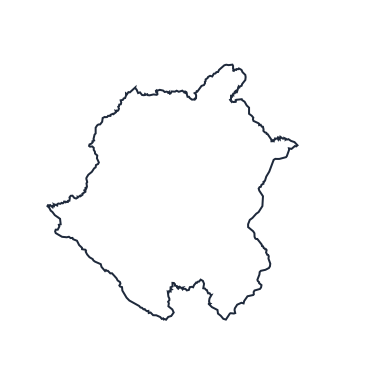 outline of Lom Sak, Phetchabun, Thailand, rotated 133°
{"feature_id": "78962969B94734864821350", "entity_name": "Lom Sak", "entity_type": "district", "adm_level": 2, "iso_a3": "THA", "parent_name": "Thailand", "parent_adm1": "Phetchabun", "projection": "robinson", "projection_center": [101.266, 16.742], "detail": "fine", "context": "isolated", "style": "outline", "palette": "slate", "viewbox_px": 384, "rotation_deg": 133, "n_neighbors": 0, "source": "geoboundaries", "source_scale": "gbopen_adm2", "svg_char_len": 6006}
<svg xmlns="http://www.w3.org/2000/svg" viewBox="0 0 384 384"><g transform="rotate(133 192 192)"><path d="M71.3,249.3L74.2,251.7L75.6,253.8L77.3,254.8L84.2,255.5L86.5,254.8L87.7,255.9L89.3,255.7L90.6,256.7L93.7,256.0L94.7,258.0L96.9,258.7L98.0,258.3L100.4,258.8L101.6,257.7L102.7,257.7L103.5,256.7L105.6,256.2L107.9,257.4L114.6,256.6L115.0,257.2L115.6,256.7L117.9,257.5L117.9,255.9L118.6,254.8L120.7,253.0L122.3,253.0L122.2,253.6L122.9,253.5L124.5,255.1L124.8,257.9L124.4,259.1L125.4,260.2L123.6,263.2L123.9,264.0L123.1,263.6L122.8,264.3L123.2,265.6L124.4,266.4L124.5,268.2L127.7,270.0L128.4,272.3L130.2,272.9L132.4,275.5L134.4,274.9L135.2,275.2L134.9,276.2L135.5,276.7L134.8,277.1L135.3,277.2L135.8,278.9L137.5,280.2L137.5,282.3L139.3,285.3L141.7,286.4L141.6,287.2L142.6,287.4L143.4,286.2L143.0,285.5L143.3,284.8L144.2,283.9L145.0,284.1L146.9,286.7L150.3,289.0L151.3,290.4L151.0,291.4L152.5,292.1L152.4,293.2L153.6,292.9L154.2,293.4L155.1,294.7L154.6,298.0L156.4,298.9L154.9,302.4L154.8,304.4L154.2,304.8L161.5,305.4L162.3,306.6L164.9,306.2L165.0,307.4L166.3,306.1L168.9,305.0L170.2,305.8L171.8,305.4L173.6,306.7L174.9,304.7L176.4,303.9L177.7,304.8L179.1,303.9L179.9,304.1L180.9,302.2L182.7,301.6L183.5,301.8L183.9,302.6L184.5,302.4L184.8,303.2L185.5,302.0L188.6,302.5L188.6,303.1L191.1,304.2L192.0,303.6L193.5,305.3L194.9,305.2L196.1,306.1L196.6,307.0L198.8,307.8L201.9,305.6L205.2,305.3L206.5,306.5L208.0,306.8L210.7,306.3L214.9,302.4L216.5,302.4L220.5,300.1L221.1,298.7L222.8,299.4L223.4,298.5L225.3,298.6L227.1,299.4L228.5,298.7L228.4,297.5L226.7,296.0L226.7,294.0L228.2,292.6L228.7,290.6L230.0,289.1L229.9,286.2L232.2,284.5L233.9,280.3L235.5,279.8L237.8,280.6L239.7,279.3L241.5,279.7L245.5,279.0L250.1,279.6L253.5,278.9L254.4,278.3L256.2,275.4L257.6,275.1L259.7,272.5L261.1,271.9L261.3,272.6L261.8,272.7L262.7,271.4L264.2,271.9L264.4,271.2L263.9,270.7L264.5,270.1L268.0,271.0L268.6,270.2L270.0,270.4L271.1,270.7L270.9,271.3L273.5,271.8L273.6,272.3L274.1,271.8L275.8,272.3L276.6,274.0L276.2,276.9L277.5,278.1L279.5,277.9L279.8,277.2L282.0,275.7L283.0,276.6L284.0,276.0L284.8,277.1L285.6,277.3L285.5,278.1L286.2,279.0L287.1,278.6L288.4,278.8L288.9,280.0L290.4,280.2L291.6,281.9L292.8,282.2L293.8,281.4L294.8,283.9L295.5,283.7L295.5,284.6L296.6,283.3L297.2,284.2L298.2,283.6L298.3,286.8L298.9,287.0L298.5,287.9L299.4,287.1L299.8,288.3L300.9,288.1L300.9,285.6L302.0,282.6L301.8,280.5L302.5,276.5L301.6,270.2L305.2,266.0L306.8,267.0L307.7,265.5L311.1,264.5L312.5,266.0L314.2,265.2L315.0,263.6L313.4,256.5L310.5,252.7L308.7,251.5L308.5,249.4L307.1,248.1L307.6,246.7L306.1,242.9L307.8,238.3L307.8,234.5L308.8,233.4L306.9,230.5L307.3,229.3L308.2,229.0L309.2,226.1L309.6,222.5L308.8,218.8L309.3,217.5L309.1,215.5L307.0,209.5L308.5,207.1L309.1,201.7L307.8,201.7L307.8,200.7L307.0,199.7L307.2,196.2L306.0,195.1L306.6,188.3L307.4,186.1L307.0,183.2L307.9,181.8L309.9,181.4L310.2,180.2L309.3,178.3L311.6,175.7L313.9,167.8L314.1,163.8L311.4,152.9L311.6,151.0L310.8,149.6L310.9,147.5L309.9,146.7L310.2,145.6L309.8,143.6L308.7,142.8L310.0,141.1L308.4,140.1L308.6,136.4L306.5,134.0L305.1,129.9L305.4,127.6L304.1,126.9L304.5,125.8L303.5,125.3L303.1,123.9L299.6,124.2L296.8,122.6L292.6,123.2L291.3,126.3L291.7,131.3L289.1,133.1L288.6,134.6L286.5,134.8L285.3,136.0L284.6,137.9L281.5,141.6L281.3,140.6L280.1,141.1L279.3,139.8L278.1,141.2L277.1,140.5L277.1,141.9L276.3,142.7L274.3,141.8L271.8,144.3L270.9,143.2L271.1,141.5L272.1,140.6L271.1,138.9L272.0,137.9L272.1,136.1L271.1,136.1L270.4,137.0L269.7,136.5L269.6,134.5L268.3,133.6L269.4,133.6L269.6,132.5L269.0,132.6L267.3,130.7L267.5,128.7L265.8,127.5L263.1,128.7L261.4,127.4L260.9,126.2L258.7,127.0L255.3,127.2L255.1,126.5L253.5,126.5L252.6,125.7L250.2,125.9L249.6,123.4L250.9,120.6L254.7,118.1L253.8,116.7L254.0,115.0L253.6,114.3L255.1,111.1L254.0,110.1L254.6,107.8L254.1,107.5L257.9,106.6L260.3,105.0L260.8,104.0L261.9,103.6L261.3,102.5L262.5,102.7L262.6,98.9L260.9,92.9L263.2,90.1L262.9,86.6L263.4,82.6L262.2,80.2L255.1,81.4L254.3,81.1L252.3,78.5L251.1,77.8L249.3,80.4L247.9,81.3L243.6,82.1L239.3,80.3L238.3,78.3L236.1,79.5L230.4,80.3L225.6,77.0L224.7,77.0L223.1,78.7L221.4,79.1L216.6,76.2L214.7,76.4L212.7,77.7L212.9,80.7L212.2,81.4L212.2,83.2L211.6,84.3L206.4,86.4L204.4,87.9L202.7,87.9L198.8,85.2L195.1,83.9L193.2,84.3L191.0,85.9L188.6,90.6L186.6,92.1L186.1,93.4L186.6,94.1L185.7,96.6L183.6,97.8L183.4,98.9L184.0,99.4L183.7,100.4L184.1,101.2L183.3,103.0L183.8,103.9L182.9,105.2L181.8,112.2L182.6,112.9L182.8,114.1L182.1,115.7L179.6,118.2L179.0,120.4L179.4,127.0L177.3,129.0L173.0,130.7L169.8,130.1L164.1,130.2L161.3,129.6L154.3,130.9L146.7,137.2L145.1,143.8L144.0,145.6L142.3,145.9L141.3,145.2L139.3,146.1L137.3,145.4L137.0,145.9L135.8,146.1L135.7,146.6L134.0,146.3L130.1,148.2L124.4,149.4L112.8,154.2L111.0,153.7L108.3,150.7L102.4,147.0L101.1,147.1L94.8,149.8L94.0,150.9L92.6,148.6L88.2,148.1L87.6,146.9L85.9,146.7L85.6,151.1L87.1,154.4L87.6,157.5L88.9,158.3L89.0,159.2L89.7,159.3L89.1,159.8L89.6,161.3L90.0,160.9L91.1,162.1L91.4,165.0L92.5,164.3L92.9,165.3L93.7,164.1L93.8,165.0L94.7,164.7L94.1,166.2L94.8,166.0L96.2,167.7L96.8,167.1L97.8,167.6L99.0,166.9L99.4,169.0L99.8,168.6L99.3,167.9L99.6,167.4L100.7,168.5L99.6,169.6L98.1,176.1L98.6,177.0L98.0,178.0L98.7,179.4L98.6,181.5L97.4,182.4L95.9,184.6L96.6,185.6L96.0,187.6L97.3,188.5L96.3,189.5L96.5,190.7L98.1,195.5L97.2,197.1L95.8,197.9L95.5,200.4L95.9,203.6L91.4,207.8L91.4,211.0L90.1,215.1L90.6,218.0L90.2,218.9L94.5,222.6L95.0,222.7L95.0,222.2L96.3,221.5L98.0,223.1L98.5,224.6L99.0,224.5L98.9,225.6L98.6,227.0L97.6,226.7L95.2,228.9L94.9,228.1L94.5,228.6L93.4,227.7L93.1,228.6L91.9,228.9L91.1,228.2L90.2,228.7L90.2,228.1L89.4,227.8L88.8,228.4L88.3,227.3L87.1,227.9L87.3,228.7L86.1,228.3L83.9,229.6L83.4,229.0L83.0,229.4L83.0,228.7L82.2,229.0L80.5,228.2L78.7,229.0L73.7,229.4L71.3,231.2L70.0,232.9L69.9,236.8L69.0,238.9L69.1,239.8L69.7,242.0L70.7,242.0L71.8,243.3L72.6,243.0L73.5,244.3L74.9,244.0L75.1,244.6L74.4,244.8L73.8,246.1L71.8,247.9L71.3,249.3Z" fill="none" stroke="#1e293b" stroke-width="2"/></g></svg>